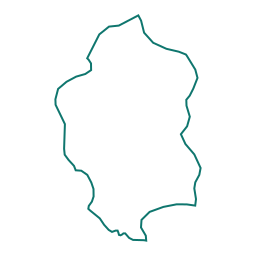 the border of Bam
{"feature_id": "BFA-2811", "entity_name": "Bam", "entity_type": "Province", "adm_level": 1, "iso_a3": "BFA", "parent_name": "Burkina Faso", "parent_adm1": "", "projection": "orthographic", "projection_center": [-1.569, 13.448], "detail": "fine", "context": "isolated", "style": "outline", "palette": "teal", "viewbox_px": 256, "rotation_deg": 0, "n_neighbors": 0, "source": "natural_earth", "source_scale": "10m", "svg_char_len": 999}
<svg xmlns="http://www.w3.org/2000/svg" viewBox="0 0 256 256"><path d="M112.0,231.9L108.7,229.9L104.1,224.8L99.8,218.4L90.0,210.4L88.3,208.8L88.8,205.9L91.9,201.6L93.6,196.5L93.5,189.0L91.3,182.5L87.3,174.9L81.3,170.7L75.7,170.3L74.0,165.9L68.6,160.0L64.7,154.7L64.1,148.8L64.9,124.1L55.6,104.8L55.4,99.3L58.1,88.9L66.5,81.8L76.2,76.6L85.3,74.0L91.1,70.1L91.0,63.4L88.6,59.7L87.2,58.3L99.3,34.4L109.0,26.6L118.8,25.6L138.3,15.4L141.1,20.7L144.1,32.7L153.2,42.8L166.4,48.8L178.8,51.7L185.9,54.5L186.9,55.9L195.3,69.6L197.5,77.9L193.3,88.6L189.7,95.7L186.3,99.8L186.5,105.7L189.8,116.7L187.1,126.3L180.9,134.2L185.4,144.0L194.3,154.4L200.6,168.0L199.3,174.9L195.3,182.3L194.3,188.4L196.0,199.1L195.2,205.6L186.8,204.4L176.7,204.3L163.4,206.9L149.6,211.9L141.5,219.9L141.0,227.5L145.8,235.7L146.2,240.6L144.0,240.2L133.0,239.9L129.1,237.9L125.2,233.4L123.4,233.4L122.1,234.5L120.5,235.3L119.0,234.9L118.4,232.7L117.6,230.6L115.6,230.6L112.0,231.9Z" fill="none" stroke="#0f766e" stroke-width="2"/></svg>